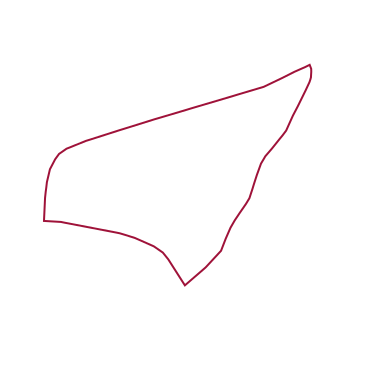 outline of Quan 4, Hồ Chí Minh city, Vietnam, rotated 163°
{"feature_id": "81297802B29563104023098", "entity_name": "Quan 4", "entity_type": "district", "adm_level": 2, "iso_a3": "VNM", "parent_name": "Vietnam", "parent_adm1": "Hồ Chí Minh city", "projection": "natural_earth1", "projection_center": [106.703, 10.761], "detail": "fine", "context": "isolated", "style": "outline", "palette": "rose", "viewbox_px": 384, "rotation_deg": 163, "n_neighbors": 0, "source": "geoboundaries", "source_scale": "gbopen_adm2", "svg_char_len": 1068}
<svg xmlns="http://www.w3.org/2000/svg" viewBox="0 0 384 384"><g transform="rotate(163 192 192)"><path d="M47.9,262.3L47.4,262.9L45.7,265.3L45.5,265.7L44.8,266.7L42.8,272.1L42.0,274.9L42.3,279.2L47.8,278.3L49.7,278.1L55.5,277.4L58.9,277.0L72.8,274.6L92.7,271.6L119.2,271.8L119.9,271.8L124.2,271.8L168.2,272.2L173.6,272.2L198.4,272.4L199.3,272.4L206.7,272.5L238.2,272.3L242.5,272.3L243.4,272.3L273.9,271.9L274.4,271.9L274.7,271.9L278.4,271.9L289.9,270.9L295.2,270.4L299.3,270.1L308.0,267.3L313.3,263.3L321.2,255.3L327.9,243.8L329.9,239.2L330.4,238.1L331.6,235.5L331.7,235.3L334.3,229.2L342.0,207.6L326.1,201.7L323.0,200.0L276.2,175.3L273.1,173.6L268.0,170.2L260.0,164.7L244.4,151.2L237.6,142.6L234.4,134.6L226.1,104.8L201.0,115.9L181.4,127.3L173.4,137.5L165.6,146.6L159.4,152.4L155.2,155.8L154.6,156.3L152.9,157.7L143.8,164.9L138.9,169.3L133.2,177.4L130.3,181.7L125.0,189.3L117.7,199.0L113.3,203.0L111.5,204.7L102.8,210.2L94.9,215.6L93.3,216.7L88.8,219.7L84.0,223.2L73.2,235.5L65.7,243.1L53.5,256.1L47.9,262.3Z" fill="none" stroke="#9f1239" stroke-width="2"/></g></svg>